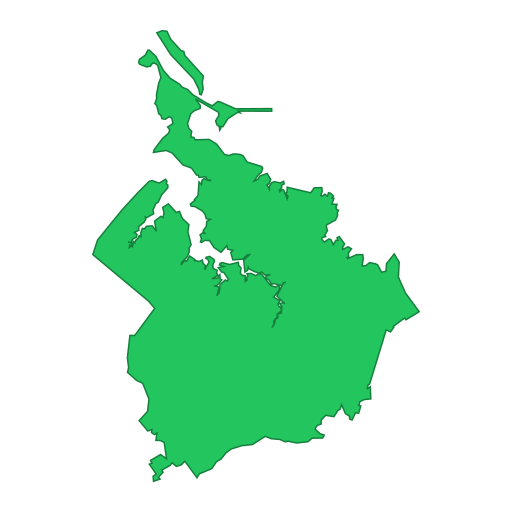 outline of Whau Local Board Area, New Zealand
{"feature_id": "76426892B68447981538079", "entity_name": "Whau Local Board Area", "entity_type": "district", "adm_level": 2, "iso_a3": "NZL", "parent_name": "New Zealand", "parent_adm1": "", "projection": "mercator", "projection_center": [174.682, -36.899], "detail": "fine", "context": "isolated", "style": "filled", "palette": "green", "viewbox_px": 512, "rotation_deg": 0, "n_neighbors": 0, "source": "geoboundaries", "source_scale": "gbopen_adm2", "svg_char_len": 6079}
<svg xmlns="http://www.w3.org/2000/svg" viewBox="0 0 512 512"><path d="M92.8,254.6L148.5,301.1L154.7,308.4L135.7,334.2L134.5,335.5L129.9,335.4L127.4,357.8L128.6,367.6L127.5,372.4L136.6,380.4L142.7,383.3L149.0,399.1L147.5,411.5L139.1,420.6L147.8,431.0L151.9,429.5L151.5,432.6L154.4,434.6L156.9,433.0L155.9,440.4L160.2,440.5L164.2,442.4L166.5,458.8L160.6,454.5L150.5,460.4L152.0,463.0L149.3,464.2L156.2,474.0L153.1,476.2L153.5,481.3L160.1,479.1L158.4,477.3L163.1,472.2L161.6,470.1L170.1,465.5L171.9,462.8L176.4,466.4L181.4,464.8L184.9,461.2L197.0,477.8L199.3,473.9L211.8,468.6L216.4,461.8L221.4,458.7L225.9,452.9L231.1,449.0L241.7,445.7L252.5,444.5L265.2,436.4L271.2,438.7L280.0,439.5L285.2,441.8L288.1,441.2L296.6,443.0L308.1,441.7L312.1,438.2L322.7,438.0L324.3,435.1L320.1,433.7L315.1,429.1L315.6,427.7L317.5,425.3L321.2,424.0L321.1,420.3L325.7,415.3L333.9,416.7L337.8,410.6L340.2,409.1L341.6,404.7L345.4,413.6L349.6,416.3L349.6,419.1L352.1,420.0L355.5,412.7L358.6,413.3L360.8,406.0L358.9,405.4L359.9,401.6L364.5,399.5L370.8,398.9L370.3,386.8L367.4,388.6L367.4,387.6L368.2,384.8L369.6,384.1L386.2,329.9L390.5,331.9L393.8,327.2L393.3,326.4L403.2,319.0L404.8,318.2L405.9,319.8L419.2,311.7L405.4,292.9L400.0,280.7L398.4,276.8L399.2,262.2L394.2,253.9L386.5,263.7L386.0,271.2L381.6,272.2L377.7,264.9L375.6,263.8L369.7,262.6L365.5,265.8L362.1,265.9L363.3,258.6L362.8,254.7L356.7,254.6L347.8,258.6L347.0,257.4L348.7,256.8L348.4,253.0L351.5,248.8L348.1,246.8L342.7,249.4L342.4,247.8L344.6,244.0L339.3,236.6L337.0,237.8L338.1,240.4L335.9,240.3L333.3,244.7L330.9,239.5L328.8,239.0L324.2,242.1L321.8,239.4L322.1,237.5L325.7,236.6L324.9,234.9L327.5,230.5L326.2,226.4L326.7,224.9L335.6,219.9L337.6,215.5L337.3,212.8L338.5,210.3L336.4,209.4L336.0,206.9L337.1,204.4L331.9,204.1L333.9,198.3L331.9,198.1L333.5,196.0L330.5,193.2L328.5,192.7L327.5,196.2L324.9,194.2L322.3,196.2L320.8,195.4L322.2,191.5L321.8,187.6L314.2,187.8L310.7,192.8L287.2,187.2L286.9,192.4L285.4,193.3L288.0,196.2L287.1,199.0L283.8,190.1L282.3,189.4L279.8,191.7L279.3,190.4L281.8,187.2L281.4,185.3L284.2,183.9L283.6,181.3L280.3,182.9L274.1,181.7L271.6,182.8L269.4,186.4L269.4,189.3L266.9,184.9L269.2,183.6L270.7,179.3L267.1,173.5L259.9,176.0L257.9,179.2L254.0,181.1L258.2,174.9L261.3,172.5L262.7,168.1L261.7,166.5L247.1,162.0L243.0,155.7L239.7,154.3L233.4,153.9L228.8,155.5L224.5,154.5L216.6,144.1L209.1,139.4L195.0,139.8L194.0,137.5L190.8,136.9L191.7,131.2L189.0,128.7L187.5,123.7L190.8,113.7L194.2,110.8L200.2,108.4L200.2,105.3L195.4,99.0L218.5,112.3L218.9,115.3L215.6,120.9L216.9,124.8L219.3,126.7L219.7,130.1L220.9,128.0L220.1,126.5L222.9,126.7L227.8,118.8L237.7,112.3L240.1,112.8L238.5,111.1L271.7,111.2L271.7,108.6L235.6,108.8L220.1,101.9L217.8,101.5L212.3,105.8L206.3,103.0L192.6,94.6L187.8,89.6L182.0,87.1L179.6,84.2L170.2,78.3L163.3,70.3L155.9,56.4L149.3,50.1L147.9,50.2L145.2,55.2L139.4,59.3L138.7,62.7L139.7,64.3L146.6,66.9L150.4,66.2L152.2,63.6L154.4,62.9L157.7,65.3L160.9,77.5L158.6,83.5L156.4,95.2L156.7,98.4L154.8,103.7L156.8,105.5L158.7,113.8L161.0,115.5L161.9,118.7L165.2,119.3L169.2,116.7L171.8,118.2L173.0,123.5L167.6,127.0L169.8,129.8L168.5,133.3L162.6,138.4L154.3,149.4L153.4,152.4L166.2,150.5L172.1,153.0L182.9,164.9L191.5,168.1L196.6,175.1L198.4,175.2L199.0,177.3L205.8,176.9L207.4,179.8L210.4,180.3L209.8,180.8L203.7,178.7L201.9,180.5L201.4,184.6L199.0,181.9L198.0,195.6L194.4,199.6L194.9,200.4L190.3,204.0L191.2,206.2L195.0,206.6L202.2,210.9L204.9,213.9L206.3,218.8L210.4,219.4L206.7,221.5L206.3,226.5L203.4,230.1L203.2,231.8L205.6,233.6L202.5,232.9L200.0,234.9L201.5,238.8L200.4,241.9L201.6,242.5L204.6,240.4L209.5,240.6L214.0,247.5L221.0,252.3L226.9,245.6L227.6,249.2L232.9,250.4L230.8,252.5L232.8,259.9L242.5,259.2L247.8,254.5L248.4,255.7L250.5,253.8L243.7,260.2L244.9,272.1L247.6,270.3L248.2,267.2L248.9,268.8L254.4,271.6L259.5,273.2L261.5,271.8L265.2,275.2L270.4,274.5L266.7,275.6L265.7,277.6L269.3,280.4L271.4,284.3L274.0,283.6L281.7,285.6L283.4,282.7L286.0,282.4L283.5,283.0L276.9,296.0L284.9,303.8L283.3,302.7L279.7,303.5L281.9,307.0L281.2,313.1L277.7,313.9L277.9,317.8L275.5,319.2L274.2,324.4L271.9,327.7L274.0,324.2L273.6,321.6L275.2,319.0L277.0,317.6L277.2,314.2L281.4,310.8L280.9,307.5L278.9,306.5L278.0,304.0L280.0,300.8L273.7,297.1L279.0,290.3L279.6,287.0L278.1,285.5L275.4,287.2L270.4,285.3L261.5,274.0L258.8,273.7L255.7,275.6L251.0,273.4L247.0,273.7L248.0,276.2L246.0,278.3L247.3,279.8L245.3,281.4L245.4,275.8L242.1,275.1L240.4,273.3L241.0,267.8L238.7,265.5L238.3,262.3L229.5,264.5L222.3,262.6L220.1,263.3L219.4,265.0L223.8,266.5L218.2,267.6L221.5,272.0L223.9,272.5L228.4,279.4L227.2,281.1L225.4,279.9L220.1,284.5L219.1,292.8L216.9,295.7L219.2,287.1L214.0,285.8L216.9,285.8L221.8,279.9L220.2,278.7L219.8,274.5L218.2,276.1L218.1,278.0L211.9,278.8L217.1,275.8L217.4,274.1L216.6,273.5L217.2,270.3L213.2,268.4L212.8,264.8L214.5,261.3L214.0,259.5L209.6,256.4L206.1,257.3L205.8,258.4L207.7,259.2L209.0,262.1L205.1,268.8L205.4,269.9L204.7,268.8L205.5,265.7L203.0,263.4L202.3,260.0L199.6,261.4L194.5,260.6L195.0,259.6L189.7,256.0L186.4,261.3L184.9,260.4L181.0,265.0L181.7,262.5L187.3,256.7L189.3,251.7L189.2,247.8L191.1,244.8L187.9,231.8L188.9,224.7L182.3,218.4L179.5,211.4L176.2,212.4L168.4,203.9L162.7,207.4L164.0,212.9L163.0,217.5L160.9,216.3L154.5,221.2L156.4,231.3L152.2,225.8L146.4,226.3L144.4,228.9L142.4,228.3L140.8,232.7L141.0,236.8L139.2,235.5L138.5,237.8L135.4,240.6L134.9,243.0L133.3,241.5L132.6,246.8L130.0,245.7L130.2,246.9L129.9,247.3L129.4,247.6L129.2,247.7L129.6,245.1L131.3,245.6L132.1,243.0L127.9,242.1L131.3,242.3L132.2,239.5L136.5,237.1L137.0,234.2L134.4,232.4L138.8,230.3L138.7,226.7L144.4,221.9L145.8,218.8L145.3,217.0L146.6,217.7L153.7,213.7L153.0,209.9L155.9,203.4L158.1,202.4L161.6,194.9L167.8,187.8L167.9,185.2L166.3,183.9L166.9,181.4L165.5,179.3L159.2,183.1L152.2,180.6L149.1,181.4L137.9,192.6L122.3,209.6L97.6,239.9L92.8,254.6ZM162.0,30.7L156.8,32.8L170.6,54.5L193.8,79.1L198.8,89.3L199.8,94.3L201.3,94.8L203.2,89.0L202.3,82.4L203.4,76.1L184.8,55.5L183.8,51.4L180.9,50.5L170.6,39.1L166.9,31.2L162.0,30.7Z" fill="#22c55e" stroke="#15803d" stroke-width="1.5"/></svg>